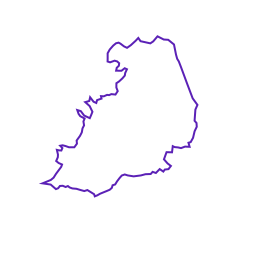 Riozinho, Rio Grande do Sul, Brazil (Natural Earth projection), rotated 216°
{"feature_id": "56859067B78422822608746", "entity_name": "Riozinho", "entity_type": "district", "adm_level": 2, "iso_a3": "BRA", "parent_name": "Brazil", "parent_adm1": "Rio Grande do Sul", "projection": "natural_earth1", "projection_center": [-50.384, -29.607], "detail": "fine", "context": "isolated", "style": "outline", "palette": "violet", "viewbox_px": 256, "rotation_deg": 216, "n_neighbors": 0, "source": "geoboundaries", "source_scale": "gbopen_adm2", "svg_char_len": 1905}
<svg xmlns="http://www.w3.org/2000/svg" viewBox="0 0 256 256"><g transform="rotate(216 128 128)"><path d="M187.5,189.5L188.4,186.0L188.9,180.8L188.4,176.5L185.4,172.4L183.6,169.8L181.1,170.6L178.4,174.6L175.9,175.5L173.2,175.2L172.0,173.0L172.5,170.1L171.3,167.4L166.9,170.5L165.8,174.4L163.4,174.9L162.6,170.9L161.4,168.5L161.7,164.9L162.6,160.4L163.7,157.4L161.2,153.9L158.0,151.8L157.8,147.7L161.4,145.6L162.6,143.5L164.4,142.5L166.2,139.4L168.6,137.9L166.7,136.2L169.4,132.4L168.4,129.6L171.3,129.0L176.7,130.6L175.2,127.1L177.8,123.8L171.9,123.2L166.3,120.2L165.4,116.7L164.7,113.5L170.8,112.3L176.1,113.9L179.6,112.7L176.3,110.4L173.6,109.5L168.7,110.2L167.9,107.1L165.1,104.3L164.6,101.0L162.8,97.3L162.2,93.4L162.2,87.7L160.1,85.3L160.1,80.9L164.5,77.7L167.9,76.7L170.7,75.6L172.4,73.8L169.3,73.2L168.7,70.6L170.6,69.4L172.7,68.5L169.0,65.3L167.6,63.1L166.7,59.1L163.5,58.9L159.9,59.7L159.2,57.3L159.3,48.6L159.0,44.1L159.9,40.6L164.6,33.0L157.3,36.8L150.4,36.2L149.1,38.2L149.0,41.1L146.8,42.9L143.8,43.6L142.5,45.7L140.3,45.6L137.5,46.4L134.0,48.5L130.3,49.8L126.3,51.3L124.4,53.9L119.5,54.3L116.5,54.5L114.7,53.2L113.3,55.4L111.9,58.5L108.0,64.8L106.5,67.3L105.9,70.1L106.8,72.6L105.2,74.8L105.5,78.4L105.4,82.6L105.1,85.9L103.3,88.5L100.3,89.5L95.0,92.2L89.7,97.2L86.7,100.9L82.6,104.1L82.3,107.0L79.0,108.0L78.6,110.8L78.2,113.4L73.8,113.5L73.8,116.0L71.1,118.5L71.0,122.5L75.2,122.6L80.5,123.8L82.6,131.1L78.1,134.2L81.1,139.6L79.0,140.0L76.1,141.7L73.3,142.9L70.9,146.5L67.1,149.0L70.4,151.6L69.0,153.4L69.6,158.3L72.2,164.5L73.1,169.4L75.5,172.3L78.4,173.0L84.3,182.5L85.4,187.5L93.1,190.0L105.9,198.4L120.9,208.4L126.0,211.7L128.9,212.9L132.3,215.6L139.9,222.6L147.3,223.0L151.1,220.6L158.0,219.5L158.5,212.9L159.7,209.6L168.9,205.6L172.6,206.9L173.1,203.0L174.4,196.7L175.9,192.3L179.1,191.7L183.7,191.8L185.8,191.5L187.5,189.5Z" fill="none" stroke="#5b21b6" stroke-width="2"/></g></svg>